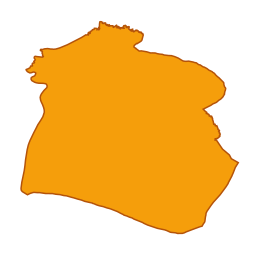 outline of Non Sang, Nong Bua Lam Phu, Thailand, rotated 88°
{"feature_id": "78962969B40369427634380", "entity_name": "Non Sang", "entity_type": "district", "adm_level": 2, "iso_a3": "THA", "parent_name": "Thailand", "parent_adm1": "Nong Bua Lam Phu", "projection": "natural_earth1", "projection_center": [102.437, 16.906], "detail": "fine", "context": "isolated", "style": "filled", "palette": "amber", "viewbox_px": 256, "rotation_deg": 88, "n_neighbors": 0, "source": "geoboundaries", "source_scale": "gbopen_adm2", "svg_char_len": 5665}
<svg xmlns="http://www.w3.org/2000/svg" viewBox="0 0 256 256"><g transform="rotate(88 128 128)"><path d="M228.7,57.4L226.7,56.2L224.7,54.7L223.8,54.4L219.5,53.7L217.7,53.2L216.0,53.0L214.0,52.0L208.2,47.7L205.1,45.2L198.2,38.5L197.1,37.6L190.3,32.2L187.0,29.9L186.3,29.7L179.5,25.8L178.7,25.5L176.7,24.5L171.1,22.1L166.5,19.0L162.3,25.8L158.5,27.6L152.4,34.3L143.3,40.0L143.1,41.4L141.8,41.2L141.8,40.8L141.6,39.5L141.6,38.8L140.7,38.1L140.3,37.3L139.4,36.4L139.2,36.4L139.1,36.8L138.7,36.9L137.8,36.2L137.3,36.1L136.6,36.7L136.2,36.6L136.1,36.9L135.9,36.9L135.9,36.7L135.5,36.9L135.5,37.0L134.9,37.1L134.6,37.4L134.0,36.7L133.3,37.0L133.2,37.4L132.6,38.1L131.6,38.1L131.2,38.4L129.9,38.7L129.3,39.1L128.8,39.2L128.9,39.9L128.8,40.6L127.9,40.7L127.8,41.0L127.2,41.1L127.2,42.2L126.6,42.3L126.6,42.2L124.5,42.6L123.3,42.9L123.3,43.0L121.4,43.4L121.3,43.2L119.5,43.9L119.7,44.5L119.0,44.5L118.9,44.6L118.9,46.3L117.4,46.6L117.2,47.2L116.9,47.2L116.4,48.6L116.1,48.6L116.1,49.2L115.3,49.1L115.0,48.9L114.0,50.2L111.8,52.2L108.1,44.2L106.9,42.4L105.8,39.5L105.3,38.5L103.4,36.2L102.4,34.4L100.4,32.2L97.4,30.3L96.8,30.5L96.3,30.2L95.1,30.0L93.7,29.4L91.9,29.0L91.3,29.2L90.3,30.0L90.0,30.1L87.8,30.7L86.3,30.7L85.6,31.1L80.9,35.4L79.9,36.7L78.2,38.4L76.7,39.5L76.1,40.1L75.3,41.4L74.6,42.0L73.0,45.1L71.3,47.1L70.9,47.8L69.8,49.7L69.7,50.4L69.2,51.3L67.5,53.6L67.2,54.9L66.9,55.5L66.0,56.5L65.2,57.6L64.9,59.2L64.4,60.4L63.3,65.0L63.4,67.9L63.1,70.1L62.5,71.4L59.9,75.3L58.3,78.8L57.2,82.1L57.0,84.8L56.3,89.4L55.6,91.0L55.2,94.0L54.7,96.2L54.0,98.1L53.8,101.1L53.8,102.8L52.5,106.6L52.0,109.0L51.4,112.0L51.5,114.1L49.1,117.0L49.0,117.3L48.7,117.3L48.6,117.7L48.2,118.0L47.5,119.1L46.8,119.2L46.0,119.0L45.4,118.6L44.7,117.4L44.0,116.8L43.8,116.5L44.0,115.8L43.8,115.4L43.2,114.7L43.0,114.1L42.1,112.6L41.5,111.7L40.6,111.0L35.5,109.5L35.0,109.9L34.6,109.8L34.1,110.0L34.0,110.3L34.2,110.6L34.0,111.1L33.7,111.3L33.3,111.2L32.9,111.4L32.6,111.7L33.0,112.1L32.7,112.6L32.9,113.2L32.6,113.8L32.4,113.9L32.2,113.5L31.7,114.2L31.2,114.6L31.2,115.3L30.6,115.5L30.5,115.8L30.8,116.1L30.9,116.4L30.6,116.8L30.6,117.0L31.3,117.6L31.9,118.5L32.0,118.9L31.9,119.2L31.5,119.5L31.4,119.1L31.2,119.1L31.2,121.0L30.8,120.9L30.5,120.5L30.1,120.6L30.1,120.0L30.0,119.9L29.4,119.9L29.4,120.2L30.0,121.6L30.5,121.8L30.6,122.1L30.0,122.7L29.5,122.8L29.2,123.7L29.0,123.8L28.6,123.7L27.9,123.7L27.4,123.3L26.8,123.4L26.7,123.8L27.0,124.3L26.9,125.0L27.6,125.2L27.6,125.7L27.3,126.1L26.9,125.8L26.4,126.0L25.9,126.4L25.3,127.2L25.5,127.6L25.8,127.7L25.6,128.1L25.6,128.6L27.0,129.5L27.5,129.5L27.9,128.5L28.2,128.4L28.2,129.0L27.9,130.2L27.5,130.8L27.5,132.2L27.8,132.3L28.1,131.9L28.4,131.8L28.5,131.9L28.6,132.3L28.5,132.5L28.2,132.5L27.9,132.8L27.8,133.6L27.5,134.0L27.2,134.0L26.8,133.5L26.5,133.5L26.3,133.8L26.3,134.2L26.7,134.2L26.9,134.3L27.1,134.9L27.5,135.3L27.4,135.6L25.2,135.6L24.9,135.8L25.0,136.1L25.7,137.1L26.2,137.3L26.3,137.7L26.0,138.6L26.7,138.7L26.9,139.1L26.7,139.3L25.7,139.4L25.3,139.7L25.2,142.0L25.5,142.7L25.5,143.6L25.2,143.8L24.6,143.0L24.3,143.0L24.1,143.2L24.1,143.4L25.0,144.5L24.9,144.8L24.2,144.9L23.9,145.1L23.8,145.6L24.4,145.7L24.5,145.8L23.7,146.7L23.2,146.8L22.4,146.7L22.2,146.9L22.2,147.9L22.7,148.5L22.6,149.7L22.5,149.9L21.9,149.6L21.6,149.6L21.5,150.2L21.0,150.6L20.8,151.2L20.8,152.3L21.9,152.7L24.4,153.0L25.1,152.9L25.9,153.2L26.5,153.8L26.6,153.7L26.8,153.1L27.1,152.9L27.8,152.9L28.8,153.6L28.8,153.9L28.6,154.1L28.0,154.0L27.7,154.2L27.8,154.6L28.6,155.3L28.7,155.5L27.7,155.7L27.4,156.0L27.3,156.3L27.2,157.5L27.2,158.2L28.3,158.5L28.4,159.0L28.5,160.1L29.1,160.4L29.8,161.2L30.2,162.4L30.4,162.5L30.7,162.3L31.8,162.4L32.1,162.6L32.1,162.9L32.0,163.1L31.2,163.6L31.1,164.0L31.3,164.2L31.6,164.4L31.8,163.9L32.0,163.9L33.5,164.3L33.1,165.0L33.5,165.4L33.6,165.9L33.5,166.7L33.5,167.2L33.9,167.7L36.0,171.4L42.7,185.7L45.6,193.5L46.6,197.5L46.7,200.0L46.4,201.3L46.5,202.0L45.8,205.5L46.0,208.7L46.6,211.0L46.6,211.6L46.3,212.1L46.4,212.4L47.0,212.8L47.5,212.8L48.3,211.3L48.8,210.9L50.1,211.3L51.2,210.8L52.8,210.8L53.1,210.6L53.4,210.1L53.7,210.2L54.1,210.7L54.2,211.3L53.5,216.2L53.1,218.2L53.3,218.7L53.9,219.2L54.8,219.3L56.1,218.5L56.6,218.4L57.1,218.7L58.1,219.8L58.5,219.7L59.1,219.2L59.5,219.3L59.8,219.9L59.9,221.1L60.1,221.3L61.5,221.6L62.5,221.3L62.7,221.7L62.7,223.1L64.4,223.9L65.6,226.4L65.9,227.6L66.1,227.8L66.8,227.6L68.1,226.6L68.7,225.7L69.5,224.2L69.5,223.5L69.3,222.3L68.8,220.9L68.8,220.1L69.0,219.4L69.6,218.4L70.3,218.3L71.4,218.7L72.5,219.3L72.9,220.1L73.5,221.7L74.3,222.9L75.7,223.2L76.9,222.7L77.4,222.3L79.0,219.7L79.6,218.1L80.1,215.8L80.4,211.1L80.9,208.7L81.4,208.1L82.6,207.4L83.8,207.4L84.9,207.8L87.5,210.6L90.7,213.2L92.5,214.2L94.4,214.7L97.0,214.4L98.6,213.9L101.6,212.6L104.6,211.6L107.0,211.1L109.4,211.1L113.8,212.7L117.2,214.9L121.6,218.0L125.3,220.0L129.2,222.2L136.8,226.2L139.0,227.2L141.5,228.2L146.1,229.5L156.3,231.5L162.0,232.3L167.1,233.2L178.5,236.0L184.5,237.0L186.3,236.9L186.9,236.6L188.0,235.7L191.2,230.8L189.9,227.9L189.1,224.9L189.1,223.7L189.4,221.3L189.5,218.6L190.6,212.6L190.9,205.8L191.7,202.3L192.2,198.3L193.3,194.4L193.6,192.0L195.3,186.8L195.9,184.7L197.2,181.0L198.4,177.0L199.8,173.8L200.8,170.0L201.8,166.2L202.2,165.8L202.5,164.6L203.7,162.2L204.7,159.4L205.7,155.5L207.1,151.9L207.8,149.5L208.3,148.1L211.1,141.6L213.3,137.8L214.1,136.1L214.7,135.4L215.0,134.9L215.8,132.5L217.2,129.5L218.0,127.1L219.2,125.3L222.6,117.5L223.1,116.5L223.8,115.5L225.7,111.7L229.3,102.1L231.1,94.8L231.9,92.8L233.6,89.4L233.8,88.6L234.4,84.2L235.1,82.1L235.2,77.3L234.7,75.3L233.9,73.6L231.8,67.5L229.2,59.6L228.7,57.4Z" fill="#f59e0b" stroke="#b45309" stroke-width="1.5"/></g></svg>